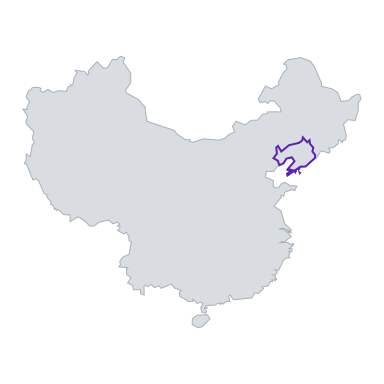 where Liaoning sits in China
{"feature_id": "CHN-1813", "entity_name": "Liaoning", "entity_type": "Province", "adm_level": 1, "iso_a3": "CHN", "parent_name": "China", "parent_adm1": "", "projection": "orthographic", "projection_center": [122.279, 41.097], "detail": "coarse", "context": "in_parent", "style": "outline", "palette": "violet", "viewbox_px": 384, "rotation_deg": 0, "n_neighbors": 0, "source": "natural_earth", "source_scale": "10m", "svg_char_len": 4269}
<svg xmlns="http://www.w3.org/2000/svg" viewBox="0 0 384 384"><path d="M188.9,301.6L179.8,296.4L179.5,292.3L181.3,290.5L174.8,288.2L171.2,284.2L161.1,288.3L159.0,286.0L154.2,287.5L151.0,284.4L148.2,286.6L145.4,285.1L143.9,286.5L144.2,295.0L140.9,293.9L140.3,289.5L133.5,289.8L132.6,285.3L127.6,283.0L130.9,277.6L126.8,274.7L126.4,269.0L127.8,267.7L119.0,266.8L120.4,264.7L119.8,261.3L122.6,257.3L129.0,254.3L131.4,241.4L129.1,240.9L128.7,236.0L126.4,232.4L123.8,233.9L117.5,230.4L120.0,228.3L119.6,225.9L117.5,226.2L119.4,224.2L117.7,222.1L113.0,223.8L108.7,220.1L99.0,222.3L94.1,226.0L89.5,226.1L85.9,221.8L78.1,216.9L70.1,221.6L70.1,215.1L63.7,214.6L58.5,209.8L56.9,210.5L55.7,208.4L54.5,209.5L53.5,205.9L50.5,204.1L51.3,202.2L46.9,197.2L46.9,194.6L44.0,193.4L38.6,180.6L35.4,178.7L33.0,180.0L26.5,164.1L24.5,163.7L26.3,159.0L26.2,153.9L30.2,156.6L32.4,144.3L34.5,143.0L32.3,138.4L33.8,131.8L26.3,123.8L25.9,121.3L27.7,116.9L23.0,109.0L27.1,109.5L26.9,107.4L29.6,101.6L26.0,97.0L28.5,90.7L30.1,90.7L32.2,87.7L37.4,87.2L40.9,88.3L40.2,90.9L43.1,92.4L48.1,89.4L53.5,92.5L57.9,90.8L66.2,91.3L68.2,86.7L70.6,86.2L70.5,84.6L72.7,84.8L74.3,77.1L77.1,73.1L75.2,70.3L84.6,71.5L87.4,75.1L88.9,73.2L88.2,71.3L97.1,61.6L103.3,68.1L107.2,67.9L112.5,59.4L117.0,59.6L120.4,56.3L124.6,57.6L123.3,62.3L130.8,73.2L130.7,82.7L125.9,89.8L125.9,92.6L138.1,99.4L145.6,107.7L144.9,109.4L147.2,121.3L174.4,130.5L177.4,134.4L185.4,139.6L190.0,139.6L189.7,141.3L192.3,142.3L203.6,138.9L218.5,140.1L225.0,138.4L229.1,134.3L234.8,132.1L232.5,126.5L235.9,121.3L245.1,124.9L251.1,120.3L257.4,120.2L262.8,114.0L267.0,113.7L267.7,111.9L281.1,111.8L280.3,107.9L274.1,101.1L270.2,100.9L267.8,103.4L264.7,101.5L260.0,102.6L258.3,99.0L265.5,86.0L271.4,88.8L278.8,84.7L278.4,82.0L283.3,72.8L286.8,68.9L286.4,65.2L283.5,64.0L288.1,59.7L300.6,57.6L310.5,61.3L314.2,66.5L321.5,83.1L321.5,86.3L331.8,88.8L337.7,92.5L341.1,101.5L348.9,100.5L352.0,96.9L357.7,94.0L359.8,94.7L361.0,98.9L358.4,102.6L358.0,111.1L355.1,120.5L347.9,119.7L343.5,124.1L346.3,135.6L345.6,139.5L342.1,141.2L342.8,142.7L338.8,139.4L338.0,143.8L333.7,147.5L328.6,148.3L330.2,151.2L329.5,153.0L320.8,150.9L316.7,157.6L310.2,161.4L306.5,165.8L297.8,168.5L287.4,175.4L287.0,173.9L290.6,172.4L291.5,170.2L288.1,170.2L288.1,168.9L294.2,161.3L291.6,157.5L287.6,158.0L283.3,163.3L276.6,167.0L273.8,171.4L266.4,171.5L265.4,177.1L273.3,180.5L273.2,186.2L275.2,187.8L278.3,187.8L281.5,183.7L284.7,182.5L290.3,185.6L296.8,186.1L294.7,190.6L292.1,189.6L284.9,192.1L283.7,196.1L280.8,195.5L281.4,197.2L273.9,206.1L281.0,210.8L284.7,223.7L291.3,229.8L290.8,231.4L282.4,228.1L279.1,229.3L283.7,229.1L291.3,236.4L284.8,241.6L281.7,241.6L279.9,242.7L287.3,242.4L293.0,245.8L288.9,248.8L292.2,248.8L291.8,251.6L288.5,251.6L290.1,253.0L288.7,255.4L289.6,258.1L286.3,257.8L283.5,260.3L278.3,270.9L275.1,269.6L277.1,273.1L274.1,275.2L271.8,274.6L275.2,275.6L275.1,280.4L271.9,279.8L272.7,281.5L270.4,281.6L268.0,286.0L262.0,286.9L263.5,288.7L258.3,293.5L255.0,292.8L251.6,298.0L233.4,299.8L230.1,295.0L228.6,296.3L229.9,301.6L226.5,301.4L222.6,304.2L221.1,302.5L220.5,304.3L218.0,303.2L215.3,305.0L206.5,305.6L204.4,308.2L206.7,311.8L205.4,313.3L202.0,312.3L200.7,307.9L203.1,304.0L200.5,302.0L197.3,303.6L192.8,299.2L192.8,301.3L188.9,301.6ZM207.5,314.8L209.9,318.7L202.3,326.7L198.1,327.7L192.2,324.5L192.4,318.8L197.2,315.2L207.5,314.8ZM291.5,233.0L289.1,232.6L287.1,230.5L288.8,230.9L291.5,233.0ZM294.4,244.2L292.5,244.7L292.2,243.7L294.4,244.2ZM276.7,278.9L275.7,280.1L275.9,278.5L276.7,278.9ZM205.3,307.9L207.1,307.6L206.9,308.4L205.3,307.9Z" fill="#d9dde1" stroke="#a8b0b8" stroke-width="1"/><path d="M315.0,158.0L305.6,166.5L300.3,166.7L287.5,175.5L287.1,173.7L292.2,170.1L287.8,169.0L294.5,161.3L291.8,157.3L286.5,158.6L283.3,163.5L279.4,165.2L277.8,160.7L273.5,158.2L276.9,153.7L276.3,147.4L278.0,145.9L281.3,151.5L289.0,145.2L298.9,142.9L302.2,140.5L302.9,137.4L307.2,142.3L309.5,140.2L310.0,143.8L313.3,147.7L312.4,151.5L315.2,155.0L315.0,158.0ZM288.5,169.4L289.0,170.3L288.0,170.1L288.5,169.4ZM296.6,171.1L296.2,171.2L295.7,170.9L296.6,171.1ZM295.1,172.0L294.8,171.7L295.1,171.6L295.1,172.0ZM298.8,169.3L298.7,168.9L299.0,169.0L298.8,169.3ZM299.7,172.6L300.0,172.8L299.8,173.0L299.7,172.6Z" fill="none" stroke="#5b21b6" stroke-width="2"/></svg>